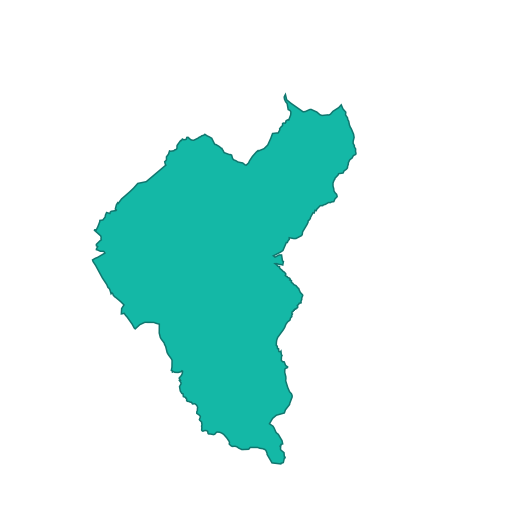 Tarsolt, Satu Mare, Romania (Mercator projection), rotated 127°
{"feature_id": "2599482B11376721616629", "entity_name": "Tarsolt", "entity_type": "district", "adm_level": 2, "iso_a3": "ROU", "parent_name": "Romania", "parent_adm1": "Satu Mare", "projection": "mercator", "projection_center": [23.323, 47.964], "detail": "fine", "context": "isolated", "style": "filled", "palette": "teal", "viewbox_px": 512, "rotation_deg": 127, "n_neighbors": 0, "source": "geoboundaries", "source_scale": "gbopen_adm2", "svg_char_len": 6155}
<svg xmlns="http://www.w3.org/2000/svg" viewBox="0 0 512 512"><g transform="rotate(127 256 256)"><path d="M407.1,111.0L406.3,111.2L405.2,110.2L404.5,109.9L400.2,111.8L399.6,111.3L399.1,111.9L398.9,112.9L396.2,115.3L396.0,119.3L395.5,120.3L394.3,120.9L393.4,122.3L392.6,121.8L391.5,122.7L390.0,121.6L387.8,124.1L385.0,130.9L385.0,133.0L384.7,134.1L382.5,138.0L381.7,140.0L381.9,144.3L375.7,145.0L370.9,143.9L364.3,138.9L361.2,139.9L354.4,139.8L353.6,140.3L346.8,142.3L345.6,143.3L344.7,144.8L344.2,147.5L342.0,151.4L337.8,157.2L335.7,158.5L334.3,159.7L331.7,163.0L329.1,164.8L328.1,164.8L326.2,163.7L325.5,164.0L325.6,165.8L325.5,166.6L323.6,169.7L323.6,170.0L324.4,171.0L324.1,173.0L321.2,175.0L319.7,175.4L319.6,176.3L317.0,178.8L317.8,178.8L318.5,180.3L316.5,182.2L317.0,183.1L315.2,184.8L315.2,186.0L312.6,187.8L310.6,188.9L307.9,189.7L298.6,189.8L295.8,190.1L292.7,191.0L289.6,191.1L286.8,190.3L284.5,191.2L282.9,190.9L282.5,191.6L280.4,192.0L280.5,192.6L280.3,192.9L278.8,193.5L277.9,193.0L276.8,193.3L276.3,192.8L275.7,193.2L274.9,192.9L274.6,192.3L274.1,192.6L272.6,191.8L271.6,191.9L270.6,193.3L269.1,192.8L267.8,193.1L267.2,192.5L266.3,192.3L266.4,191.9L266.2,191.8L265.5,192.6L262.8,193.5L262.1,194.2L259.4,194.9L259.0,195.4L258.4,198.7L257.1,201.1L256.2,202.4L256.3,203.3L255.6,206.2L256.1,208.5L255.6,210.4L255.8,211.6L255.7,212.0L254.5,212.6L254.4,213.5L254.8,214.6L253.9,214.7L253.5,215.9L254.1,217.9L253.7,218.7L254.0,219.4L253.9,220.9L253.0,221.0L252.2,221.7L251.8,224.0L252.0,225.5L251.7,226.3L251.6,229.2L251.2,230.1L250.4,230.8L250.8,231.3L251.1,232.6L250.7,233.7L250.6,236.1L249.6,234.9L248.7,232.3L247.7,230.8L247.1,229.2L243.9,230.8L244.1,231.5L243.7,232.2L239.8,236.2L241.2,238.1L245.5,240.1L245.4,242.3L238.3,238.8L235.4,237.8L226.9,239.9L226.4,239.1L224.3,239.6L222.8,239.4L221.4,240.5L219.3,236.2L218.0,234.6L212.3,231.9L211.0,232.0L208.7,233.3L200.2,234.2L197.8,234.7L196.5,235.5L195.9,235.5L195.2,235.1L193.3,235.2L192.5,235.7L187.2,236.5L186.7,235.4L184.0,236.4L183.6,235.2L182.1,235.6L177.1,235.0L175.6,233.0L174.7,233.0L173.1,231.7L169.7,230.3L168.6,228.7L166.9,228.0L166.6,227.3L165.7,226.6L162.9,227.3L159.9,226.9L159.5,227.1L158.2,228.8L157.9,231.0L157.1,232.9L155.3,234.6L153.9,236.5L151.4,238.4L148.4,239.3L147.5,239.2L146.4,239.7L141.7,239.2L140.6,239.6L137.3,236.4L135.2,236.9L132.2,236.0L130.5,236.0L129.6,236.7L126.9,237.6L126.2,238.3L122.7,239.0L119.8,238.2L118.0,238.6L116.8,238.5L114.9,237.5L113.9,237.9L112.5,239.5L110.5,240.9L109.9,242.6L109.4,243.4L108.6,243.9L107.6,246.2L105.8,247.5L102.3,249.0L100.0,251.4L97.6,255.5L96.7,257.2L96.4,258.3L95.8,259.0L95.4,259.9L92.5,263.2L91.9,264.7L90.5,266.2L89.5,269.3L87.1,270.9L86.2,275.1L84.0,278.9L87.6,279.2L94.1,281.6L98.1,281.9L99.6,282.7L100.1,283.6L104.0,287.8L104.7,289.9L104.4,294.0L105.8,300.3L106.8,301.3L110.9,303.5L112.5,305.1L113.0,320.2L112.8,325.5L109.3,329.7L111.7,329.3L112.4,328.9L113.7,327.5L115.0,325.1L115.5,322.9L119.7,318.4L119.3,316.5L119.7,315.3L120.3,314.6L122.5,313.2L127.7,311.7L127.8,312.4L129.6,313.3L130.4,313.3L131.2,312.7L132.3,312.6L133.3,314.1L134.2,314.5L135.9,313.3L138.1,313.7L140.2,313.7L140.9,312.9L144.2,312.4L144.7,312.6L145.6,313.8L148.2,316.5L153.2,315.0L160.3,313.4L165.5,314.2L171.2,317.6L170.9,317.9L172.6,318.3L178.7,318.8L184.2,318.4L186.1,317.9L189.4,318.5L189.8,319.5L189.7,322.6L191.8,327.0L192.0,329.5L192.6,331.5L192.3,333.3L190.1,336.2L190.3,337.3L191.1,338.5L192.6,343.7L191.4,346.1L191.2,347.0L190.6,347.9L190.8,348.2L190.7,351.4L191.1,355.1L191.6,355.9L191.3,356.9L188.6,362.2L189.1,365.9L189.4,366.7L189.6,370.1L191.2,370.5L192.5,371.6L194.5,372.2L195.1,372.8L196.5,373.1L201.1,375.4L202.0,376.9L202.4,378.2L202.1,381.7L202.9,382.6L204.9,382.0L205.9,382.8L206.7,383.8L206.9,385.2L208.7,385.1L208.8,385.5L209.5,385.7L214.7,385.6L215.6,385.4L217.3,384.1L218.3,383.8L219.4,384.1L220.0,384.7L221.4,385.0L223.7,387.2L224.1,388.3L227.3,387.2L230.7,387.2L232.9,385.5L233.9,385.3L235.6,385.7L237.3,383.7L237.7,382.7L262.7,388.4L269.2,394.1L275.5,394.6L281.0,395.5L291.3,397.7L296.9,397.7L296.7,398.5L299.1,398.3L303.2,396.6L303.3,395.2L304.0,395.2L307.4,398.5L308.5,398.8L310.0,398.3L311.2,401.5L313.8,400.9L315.8,399.9L319.5,400.0L321.5,402.1L322.7,401.4L327.5,400.0L331.4,399.2L331.6,399.8L332.1,399.6L332.3,400.6L332.7,400.5L333.4,392.1L334.5,390.7L335.5,390.2L336.2,389.3L337.9,389.8L342.8,390.5L343.9,389.6L343.7,388.1L343.9,388.0L346.4,387.7L347.0,387.3L346.5,386.0L345.9,383.2L344.1,380.7L344.0,379.8L344.6,378.4L352.5,381.7L354.4,382.9L357.5,384.2L358.5,382.8L360.1,378.3L366.0,365.4L368.6,358.0L370.2,355.3L370.3,353.5L371.3,351.8L373.4,349.0L372.2,348.9L372.5,347.3L373.2,346.4L373.6,344.4L373.5,342.7L373.9,336.4L374.5,332.0L378.8,331.7L383.3,328.7L381.1,326.7L381.9,324.4L382.3,322.2L385.0,313.8L386.8,309.9L386.9,308.6L380.8,307.5L375.9,304.9L370.5,297.6L369.8,295.1L368.6,292.2L375.8,286.9L378.7,283.3L379.5,281.3L380.7,277.0L381.6,275.9L382.7,273.6L386.8,268.6L386.8,268.0L387.4,267.2L389.1,261.6L389.9,260.2L395.4,256.2L398.3,254.8L398.0,254.0L399.0,252.9L398.0,252.4L397.8,250.9L395.9,248.1L393.5,246.2L392.3,246.1L392.2,245.3L394.0,244.2L396.2,243.7L399.6,243.9L400.1,243.5L400.3,242.5L400.8,241.5L401.5,242.2L402.4,239.5L403.5,238.9L406.3,238.5L409.4,235.2L410.4,232.5L410.0,231.3L412.0,229.4L411.3,227.1L411.5,226.5L411.9,226.3L411.9,225.3L413.3,224.3L413.3,223.3L412.3,221.4L412.4,220.6L411.7,219.7L411.8,218.9L412.3,218.2L412.3,217.5L411.0,216.3L410.8,215.8L410.8,214.2L411.1,213.0L412.1,211.4L413.4,210.8L414.5,209.9L416.1,209.5L417.3,208.6L417.2,205.3L417.6,203.9L418.7,203.3L420.7,202.8L421.0,202.1L421.3,199.6L423.3,197.6L424.6,197.1L425.6,196.0L427.7,194.7L428.0,194.1L427.9,193.0L426.1,191.8L425.3,190.5L425.1,189.1L426.5,187.6L426.7,186.9L425.5,185.1L424.2,182.4L423.2,181.7L420.8,181.5L420.0,181.1L418.7,179.1L418.1,177.1L417.9,174.5L418.9,169.7L420.3,165.7L420.7,165.1L422.3,164.2L422.6,162.0L422.4,160.4L420.6,158.3L419.9,156.6L419.8,154.1L419.1,150.8L415.0,145.8L414.1,145.4L412.7,145.5L412.3,145.3L407.9,139.5L407.2,137.1L405.7,134.4L405.5,133.2L405.2,132.8L405.3,131.1L406.9,128.4L407.8,127.7L411.6,118.7L407.1,111.0Z" fill="#14b8a6" stroke="#0f766e" stroke-width="1.5"/></g></svg>